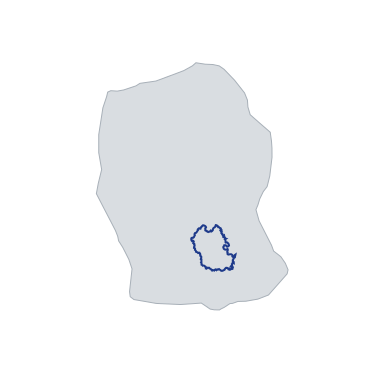 Qhoasing, Mohale's Hoek, Lesotho shown in context, rotated 301°
{"feature_id": "5366337B8464119840521", "entity_name": "Qhoasing", "entity_type": "district", "adm_level": 2, "iso_a3": "LSO", "parent_name": "Lesotho", "parent_adm1": "Mohale's Hoek", "projection": "mercator", "projection_center": [27.882, -30.022], "detail": "fine", "context": "in_parent", "style": "outline", "palette": "blue", "viewbox_px": 384, "rotation_deg": 301, "n_neighbors": 0, "source": "geoboundaries", "source_scale": "gbopen_adm2", "svg_char_len": 6532}
<svg xmlns="http://www.w3.org/2000/svg" viewBox="0 0 384 384"><g transform="rotate(301 192 192)"><path d="M245.8,250.4L236.4,253.3L235.1,253.6L229.1,252.9L221.1,253.6L214.7,255.2L209.8,255.9L201.8,264.4L187.3,287.6L183.4,292.4L182.3,301.5L179.0,308.7L174.8,314.4L170.8,315.7L158.7,313.5L143.1,310.6L134.1,303.6L126.1,294.4L121.8,287.7L117.4,284.1L115.9,282.0L109.5,278.9L107.1,277.3L105.0,276.2L102.5,271.8L101.0,267.9L101.6,257.2L97.1,250.8L89.5,239.9L84.7,231.0L78.1,218.8L74.1,208.4L69.9,197.6L70.4,193.0L74.4,189.8L86.1,184.4L95.2,180.2L101.7,172.6L108.9,161.1L112.3,154.3L115.8,151.1L119.5,146.3L126.1,135.6L133.4,123.7L141.3,110.9L151.2,107.2L164.7,103.0L177.7,91.8L193.2,82.5L218.2,72.3L229.8,69.7L234.2,68.3L237.0,70.2L240.0,76.0L244.3,80.9L254.1,89.3L258.3,91.4L268.5,103.9L279.4,112.6L291.9,122.5L300.4,127.4L304.8,128.8L308.4,137.6L312.0,144.2L314.1,150.3L313.7,156.3L309.7,171.0L304.0,186.0L299.3,192.2L293.7,196.1L288.2,202.1L286.0,214.1L283.5,228.3L276.3,234.1L270.7,238.0L263.0,242.7L245.8,250.4Z" fill="#d9dde1" stroke="#a8b0b8" stroke-width="1"/><path d="M160.8,261.5L159.9,261.1L158.6,261.3L158.1,261.2L157.8,261.0L157.4,260.2L157.6,259.7L158.4,259.4L158.7,259.1L158.8,258.3L158.9,258.0L158.7,257.5L158.3,256.7L157.2,255.6L157.0,255.1L157.1,254.4L157.3,254.2L158.3,253.9L158.6,253.2L158.8,253.0L160.4,252.7L161.0,252.3L161.3,252.2L161.4,251.8L160.5,251.2L159.7,250.2L159.6,249.5L159.6,249.0L159.8,248.3L160.1,248.0L160.5,247.7L160.8,247.2L161.3,247.1L162.5,247.2L162.6,247.3L163.0,247.1L163.5,247.8L163.7,248.5L163.6,249.2L163.2,249.9L163.2,250.3L163.6,250.7L164.4,251.1L165.1,251.3L165.4,251.2L165.6,251.0L165.7,250.8L165.8,250.5L166.3,250.1L166.6,249.7L166.6,249.1L166.9,248.4L166.8,247.9L166.4,247.5L166.0,246.9L166.1,246.7L166.7,246.4L168.0,245.3L168.4,245.2L168.5,244.8L168.5,244.6L168.9,244.7L169.2,245.0L169.4,245.1L169.3,244.8L169.5,244.6L169.5,244.4L169.0,244.1L169.6,244.2L169.8,243.9L169.6,243.3L170.1,242.9L170.4,242.8L170.5,242.7L170.3,242.5L169.8,242.4L169.6,242.1L169.8,242.0L170.0,242.0L170.3,242.2L170.7,242.1L170.8,241.9L171.2,241.7L170.5,241.3L170.4,241.1L170.6,240.8L171.0,240.5L171.3,240.2L171.2,240.1L171.2,239.8L171.6,239.7L171.8,239.0L171.8,238.5L171.8,238.4L173.2,237.6L173.3,237.7L173.4,237.4L173.7,237.3L173.4,237.1L173.3,236.9L173.5,236.5L173.7,236.8L173.9,237.0L174.0,236.9L174.0,236.7L174.4,236.7L174.6,236.1L175.0,235.9L175.2,235.4L175.4,235.3L175.6,235.3L175.6,235.1L175.4,234.9L175.4,234.6L175.6,234.4L175.5,233.9L175.8,233.1L175.8,232.8L175.5,232.6L175.4,232.5L175.6,232.2L175.6,231.6L175.7,231.4L176.1,231.3L176.1,230.9L176.2,230.4L176.1,230.1L176.0,229.6L175.9,229.4L175.6,229.4L175.5,229.5L174.5,229.7L173.5,229.7L172.9,229.3L172.3,229.0L171.4,229.0L170.9,229.1L169.9,229.5L169.7,229.4L169.3,229.4L168.9,229.3L168.8,229.2L168.6,229.2L168.4,229.1L168.8,228.5L168.7,227.9L167.5,227.9L167.3,227.7L167.2,227.4L166.8,227.2L166.7,226.9L166.0,226.5L166.0,226.0L165.9,225.5L166.2,225.0L166.0,224.6L166.2,224.3L166.0,223.8L165.9,223.3L166.1,223.0L167.0,222.6L167.3,222.4L167.4,222.2L167.7,222.1L168.0,222.0L168.3,222.2L168.9,222.3L169.2,222.0L169.6,221.1L169.6,220.5L169.6,219.8L169.3,219.2L169.3,218.8L169.2,218.6L168.6,218.6L168.0,218.3L166.9,218.1L167.0,218.0L166.5,217.9L166.4,218.0L166.0,217.8L165.9,217.8L165.4,218.1L164.9,218.2L164.4,217.3L164.5,216.7L164.4,216.6L164.2,216.5L163.8,216.5L163.7,216.4L163.0,216.2L162.8,216.2L162.4,216.8L161.4,216.7L160.5,216.6L159.8,216.7L159.4,216.6L159.2,216.4L158.8,216.3L158.7,216.1L158.3,215.7L158.0,215.7L157.3,215.8L157.1,216.0L156.8,216.1L156.5,216.7L156.0,216.8L155.5,216.7L154.2,216.9L153.9,216.8L153.8,216.7L153.7,216.6L153.5,216.4L153.2,216.4L153.1,216.1L152.9,215.7L152.4,215.3L152.0,215.5L151.7,215.4L151.5,215.6L151.1,215.7L151.0,216.0L150.5,216.3L150.3,216.4L150.2,216.6L150.0,217.1L150.3,217.2L150.4,217.4L150.7,217.7L150.8,218.1L150.7,218.3L150.4,218.5L150.6,218.8L150.5,219.0L149.7,219.1L149.2,219.4L148.9,219.3L148.7,219.4L148.8,220.5L148.4,220.6L148.3,220.9L148.0,221.0L147.9,221.5L147.3,221.9L147.1,221.8L146.8,221.9L146.7,222.0L146.1,222.0L145.1,222.5L145.3,223.2L145.1,223.5L144.9,223.9L143.9,224.3L143.8,225.0L143.5,225.7L143.1,226.1L142.8,226.2L142.8,226.7L143.1,227.5L143.2,227.8L143.1,228.1L142.9,228.3L142.8,228.7L143.2,229.2L143.7,229.4L143.8,229.6L143.6,229.9L143.5,230.2L143.3,230.4L143.0,230.7L143.1,230.9L142.6,231.3L142.2,231.8L142.0,232.0L141.6,231.9L141.5,232.0L141.4,232.9L141.2,233.4L140.7,233.5L140.3,233.9L139.2,234.0L138.9,234.1L138.8,234.5L138.9,234.9L138.7,235.0L137.7,235.6L137.4,235.7L136.9,236.2L136.2,236.1L136.1,236.4L135.3,237.4L135.1,237.5L134.6,237.6L134.6,237.8L134.6,238.6L134.4,239.0L134.6,239.1L134.7,239.5L134.9,239.7L135.1,240.3L135.1,240.7L134.8,241.5L135.0,241.6L135.0,242.3L134.9,242.4L134.4,242.6L134.2,243.0L133.7,243.2L133.8,243.4L133.7,243.7L134.3,243.9L134.4,244.2L135.0,244.3L135.2,244.5L135.4,244.6L135.4,245.0L135.5,245.3L135.8,245.7L135.5,246.0L135.5,246.8L135.8,247.4L135.3,248.6L135.5,249.1L135.3,249.2L135.3,249.5L135.1,249.8L135.9,250.2L136.0,250.7L136.1,251.1L136.1,251.5L137.0,251.6L137.7,251.9L137.7,252.0L137.5,252.4L137.9,252.8L137.8,253.0L138.0,253.0L138.1,253.5L138.4,253.7L138.6,253.7L138.6,253.8L138.8,254.1L139.0,254.2L139.1,254.4L139.3,254.4L139.5,254.6L139.8,254.8L139.7,255.1L139.8,255.2L139.7,255.5L139.8,256.5L139.7,256.8L139.6,257.0L139.5,257.5L139.8,258.0L139.8,258.3L140.0,258.4L140.4,258.9L140.9,259.1L141.0,259.3L141.6,259.6L141.9,259.7L142.0,259.9L142.4,259.8L142.9,259.9L143.0,259.8L143.3,259.9L143.6,259.9L143.8,260.0L144.3,260.1L144.7,260.3L144.8,260.6L144.7,260.7L144.7,261.0L144.8,261.2L145.1,261.4L145.1,261.6L145.2,261.8L145.1,262.0L144.9,262.3L144.8,262.5L145.1,262.5L145.1,262.9L145.3,263.1L145.4,263.3L145.1,263.6L144.7,264.0L144.7,264.3L145.0,264.7L145.3,264.8L146.5,265.0L147.0,265.1L147.0,265.4L147.0,265.5L146.8,265.5L146.9,265.9L146.7,266.1L146.8,266.2L147.0,266.3L147.8,265.9L148.1,265.9L148.1,265.6L147.9,265.4L148.0,265.3L148.0,265.1L148.3,265.1L148.6,265.1L148.5,264.8L148.4,264.7L148.5,264.5L148.8,264.3L148.2,263.8L148.1,263.6L148.5,263.6L148.8,263.8L149.3,263.8L149.7,264.0L149.8,263.8L150.5,263.7L150.8,263.3L151.6,263.5L152.1,263.3L152.1,263.5L152.3,263.6L152.5,263.6L152.5,264.0L152.6,263.9L152.8,264.2L153.1,263.9L153.4,263.9L153.5,263.8L153.5,263.5L153.6,263.4L153.6,263.2L153.8,262.7L154.2,262.5L154.2,262.3L154.4,262.1L154.6,262.0L155.6,262.1L156.2,261.9L156.9,261.9L157.8,262.3L158.1,262.4L158.5,262.3L158.8,262.2L159.4,261.7L159.6,261.6L160.3,261.7L160.8,261.5Z" fill="none" stroke="#1e3a8a" stroke-width="2"/></g></svg>